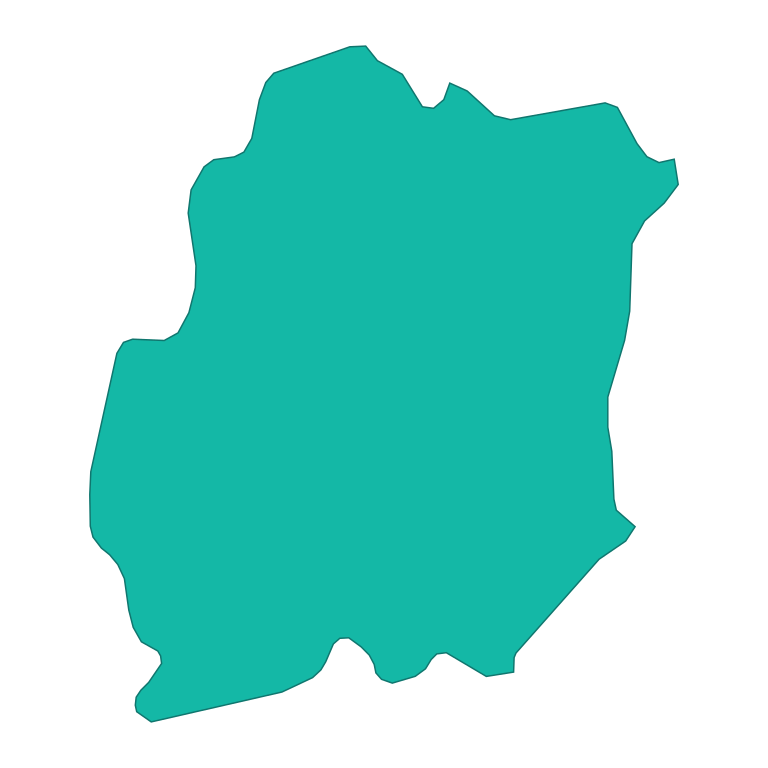 map outline of Essonne (orthographic projection)
{"feature_id": "FRA-5289", "entity_name": "Essonne", "entity_type": "Metropolitan department", "adm_level": 1, "iso_a3": "FRA", "parent_name": "France", "parent_adm1": "", "projection": "orthographic", "projection_center": [2.213, 48.526], "detail": "fine", "context": "isolated", "style": "filled", "palette": "teal", "viewbox_px": 768, "rotation_deg": 0, "n_neighbors": 0, "source": "natural_earth", "source_scale": "10m", "svg_char_len": 1222}
<svg xmlns="http://www.w3.org/2000/svg" viewBox="0 0 768 768"><path d="M164.2,340.5L178.0,332.9L188.9,312.7L195.3,287.7L196.0,265.8L188.2,213.1L191.1,189.9L204.1,166.8L213.8,159.7L234.3,156.9L243.9,152.1L251.8,138.4L259.4,99.7L265.8,82.5L273.8,73.2L349.8,46.8L365.7,46.1L377.4,60.7L402.3,74.3L422.4,106.8L433.6,108.3L443.8,99.7L449.8,83.1L467.2,91.0L494.4,115.8L510.6,119.7L605.1,102.9L617.4,107.4L637.0,143.6L646.9,156.7L659.0,162.6L674.2,159.2L678.2,184.5L664.2,203.1L644.6,220.9L632.0,243.7L629.7,311.2L624.6,340.4L607.8,397.1L607.8,427.2L611.8,451.3L613.9,499.1L616.3,510.2L635.1,526.7L625.7,541.0L599.1,559.2L516.0,653.0L514.1,657.6L513.6,672.1L486.3,676.4L446.3,652.7L436.8,653.9L431.2,659.5L425.5,668.8L415.3,676.3L392.3,683.1L381.5,679.3L375.9,672.9L374.2,664.4L369.3,655.1L361.2,646.9L348.8,637.8L339.8,638.3L333.4,643.9L325.7,661.8L320.9,669.9L312.6,677.6L282.0,692.0L151.2,721.9L136.7,711.7L135.3,705.2L136.2,697.2L140.9,690.2L148.7,682.4L161.6,663.5L160.6,655.9L157.8,651.0L141.4,641.8L133.2,627.3L128.8,610.1L124.4,578.6L117.8,564.5L109.7,554.8L101.4,548.1L93.0,537.1L90.3,526.2L89.8,494.6L90.8,471.7L116.9,353.3L123.5,342.4L132.6,339.2L164.2,340.5Z" fill="#14b8a6" stroke="#0f766e" stroke-width="1.5"/></svg>